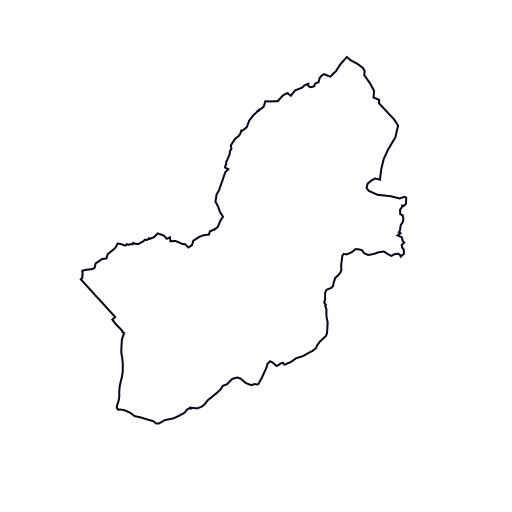 outline of Todee, Montserrado, Liberia, rotated 228°
{"feature_id": "62588387B18343621802172", "entity_name": "Todee", "entity_type": "district", "adm_level": 2, "iso_a3": "LBR", "parent_name": "Liberia", "parent_adm1": "Montserrado", "projection": "natural_earth1", "projection_center": [-10.474, 6.631], "detail": "fine", "context": "isolated", "style": "outline", "palette": "ink", "viewbox_px": 512, "rotation_deg": 228, "n_neighbors": 0, "source": "geoboundaries", "source_scale": "gbopen_adm2", "svg_char_len": 5775}
<svg xmlns="http://www.w3.org/2000/svg" viewBox="0 0 512 512"><g transform="rotate(228 256 256)"><path d="M343.1,456.7L342.0,446.8L341.4,444.7L339.8,439.0L339.8,438.2L339.9,435.1L339.6,434.3L339.5,432.0L339.5,431.3L339.5,431.2L340.7,430.6L344.7,428.7L345.6,428.3L345.9,427.0L346.1,425.2L345.9,424.1L345.8,422.6L344.7,420.9L344.3,420.2L343.3,418.8L343.9,417.3L344.4,415.9L344.4,415.4L344.3,414.8L344.2,414.2L343.7,413.6L343.2,413.1L343.5,412.2L344.3,410.3L345.3,409.4L345.6,409.1L346.7,408.8L347.0,408.8L348.6,409.3L349.0,410.0L349.5,409.0L349.5,408.9L350.4,405.6L350.4,405.1L350.2,403.0L352.9,396.0L351.8,389.1L353.3,388.9L354.2,388.5L355.4,388.3L355.9,388.2L356.0,388.3L356.1,388.1L356.5,387.2L357.3,383.3L356.5,375.8L360.3,371.2L361.0,370.4L363.7,367.5L364.7,366.4L364.1,365.5L362.5,362.8L361.9,361.7L361.9,359.9L362.0,358.6L362.1,358.3L362.6,356.4L362.1,356.0L362.2,354.9L362.7,354.7L362.4,352.4L362.4,349.6L362.4,348.5L362.0,346.1L361.1,341.3L361.0,341.2L358.6,336.7L358.1,335.9L358.1,335.4L357.9,334.9L358.1,331.9L358.3,329.6L359.1,329.1L358.1,327.4L357.4,326.2L356.8,323.7L357.1,318.9L357.1,318.7L356.2,315.5L355.5,313.1L355.2,311.9L355.0,311.4L354.6,310.8L353.0,310.1L351.9,309.1L351.7,307.7L350.8,306.3L349.1,304.3L348.1,302.1L345.7,296.6L344.9,295.9L343.9,295.1L343.6,293.5L342.5,292.2L340.3,293.0L339.1,293.5L338.8,289.2L336.4,284.8L336.1,284.3L335.0,282.4L333.4,279.4L333.0,278.7L329.4,272.1L329.1,271.0L328.3,268.4L328.1,267.8L326.3,265.7L326.2,265.6L325.2,264.3L324.7,263.7L323.4,262.2L319.0,261.1L318.0,260.9L316.2,260.1L312.9,258.7L312.1,258.6L308.3,257.9L307.2,257.7L307.0,256.9L306.3,254.0L306.0,253.3L306.0,253.0L305.7,252.6L304.7,250.3L303.7,248.2L303.2,247.1L303.3,244.0L303.3,243.1L303.7,243.1L303.9,242.3L304.6,239.5L304.7,239.3L305.2,238.3L303.4,235.3L306.3,231.4L308.2,226.6L308.4,225.2L309.2,220.4L309.3,219.7L308.6,218.5L306.9,215.6L306.9,215.2L307.2,213.6L307.6,211.5L312.3,211.2L314.1,209.3L314.7,209.1L315.6,208.7L317.3,208.0L317.8,207.8L321.0,206.2L321.5,205.7L324.2,202.3L327.5,204.5L328.5,201.2L332.6,201.2L332.9,201.1L335.8,199.6L336.3,199.3L337.2,198.8L338.5,198.2L338.2,193.0L339.8,188.4L340.8,188.4L340.5,187.3L341.0,185.5L342.5,184.3L342.3,182.2L343.3,178.3L343.5,176.7L345.9,174.4L347.9,173.5L347.3,172.2L349.3,169.8L349.7,168.5L351.2,168.0L351.0,166.9L351.5,165.6L351.9,165.3L354.3,164.1L354.7,163.9L355.4,163.4L357.9,161.5L356.4,157.8L356.3,157.6L356.2,157.3L356.2,155.7L356.3,152.4L356.3,152.1L356.4,150.3L356.5,148.7L356.5,147.3L356.5,146.9L355.6,145.4L354.6,143.7L354.3,143.1L354.4,142.8L356.7,139.8L357.8,131.8L357.5,131.4L356.2,129.6L355.5,128.6L355.2,128.1L355.7,125.7L359.1,121.0L361.3,117.1L361.2,117.0L360.8,116.7L359.2,115.6L358.8,115.2L355.9,112.1L355.9,110.5L355.9,110.2L355.5,110.2L340.9,110.3L332.8,110.3L324.8,110.4L304.9,110.5L304.9,106.7L300.8,106.3L299.9,106.2L293.0,106.5L289.5,106.4L289.0,105.9L287.1,106.5L285.0,102.8L283.8,100.6L282.0,98.8L277.6,94.3L274.4,91.3L269.7,88.3L265.3,85.1L259.3,79.7L255.1,74.4L253.6,72.0L252.5,70.5L250.6,67.8L246.8,63.7L244.0,61.2L242.8,60.1L240.5,57.3L238.3,53.5L238.0,52.9L236.9,51.5L236.4,50.9L235.5,50.9L233.9,50.7L233.2,51.9L231.9,53.1L229.5,55.0L226.2,56.5L225.3,56.9L223.2,57.8L218.3,58.6L213.5,62.1L207.7,65.6L202.0,69.1L198.2,69.8L196.3,72.2L196.2,72.8L195.9,74.4L195.0,78.6L192.2,83.2L190.3,86.6L189.7,88.8L188.4,93.1L188.3,93.9L187.6,96.5L187.4,98.6L187.6,99.5L187.8,100.2L187.9,103.1L187.1,104.9L186.6,105.2L187.3,105.6L182.5,110.0L181.9,110.8L181.9,111.0L180.4,114.7L180.2,117.7L180.2,118.3L180.8,121.9L180.9,122.5L181.1,123.6L180.4,136.0L180.5,136.4L180.5,138.7L180.6,140.8L181.4,143.5L181.8,144.3L180.3,148.1L180.1,148.3L180.5,154.5L180.6,156.0L179.8,157.5L179.5,158.8L178.7,159.7L178.2,160.8L177.1,161.5L176.8,161.7L176.4,161.7L175.5,162.5L168.4,163.4L164.5,165.4L163.3,166.1L162.9,166.4L162.7,167.0L162.6,167.3L161.9,169.2L159.8,170.8L159.7,171.0L159.3,172.7L159.9,174.0L160.1,174.4L161.1,177.4L161.4,178.4L162.8,181.8L163.0,182.0L164.0,184.4L166.1,189.2L168.1,192.1L168.2,192.7L168.3,194.7L168.4,195.9L168.0,196.2L166.3,196.9L160.6,197.7L160.3,198.4L159.9,199.4L159.7,202.3L158.7,204.5L156.4,204.3L155.5,205.6L155.1,207.6L155.1,207.9L154.4,209.3L153.8,211.9L153.2,217.3L150.7,222.8L150.0,224.6L148.7,230.6L147.6,234.7L147.6,235.7L147.3,238.9L147.9,240.0L148.6,241.3L149.6,245.7L149.8,254.6L151.2,257.2L155.1,261.2L158.5,264.6L158.9,264.9L163.3,267.5L165.3,269.1L165.6,269.3L166.3,269.9L169.0,272.5L173.0,274.3L173.1,275.4L175.8,275.5L177.4,278.1L179.2,279.9L181.4,281.8L182.4,282.7L183.7,285.8L181.9,290.7L182.2,293.3L184.1,295.7L185.4,298.0L186.7,300.2L186.7,304.1L187.2,307.4L188.3,309.8L192.5,313.5L194.4,315.7L197.8,319.6L198.4,320.3L198.9,322.5L196.6,324.4L195.2,328.1L194.6,331.0L194.6,331.6L194.6,334.4L192.5,336.6L189.4,338.6L185.9,338.2L182.7,339.6L181.9,339.9L180.3,342.1L178.3,345.8L178.1,346.2L177.0,349.2L175.4,351.6L174.2,353.4L173.8,354.0L169.0,355.3L165.5,356.6L164.6,360.3L162.7,363.1L160.4,363.8L158.7,363.1L158.7,367.6L162.2,370.2L164.4,370.2L166.8,371.8L166.8,375.1L169.1,375.1L171.0,376.2L172.3,376.9L176.6,375.0L176.2,378.6L178.2,378.1L178.6,380.0L180.5,382.3L182.1,384.2L183.1,388.0L184.9,390.3L185.7,390.8L188.0,392.2L190.6,391.2L194.0,394.0L194.5,396.6L195.7,398.5L194.3,399.0L194.5,402.5L198.9,406.7L200.6,406.0L202.6,401.3L210.4,396.0L218.9,388.4L220.3,387.2L229.0,383.4L232.6,383.7L235.1,387.4L234.9,390.7L234.9,391.9L233.9,396.4L229.8,399.2L233.3,403.2L236.9,407.4L239.8,411.7L241.4,414.0L242.6,415.8L246.7,425.2L247.5,427.9L251.0,439.1L257.3,448.1L257.8,448.8L265.1,450.0L275.9,449.8L280.9,449.7L287.2,449.6L288.2,450.6L289.6,452.0L295.1,449.4L299.8,454.3L307.5,456.2L308.2,456.3L318.2,457.5L318.6,458.0L319.3,458.9L320.4,460.3L323.9,461.3L330.4,460.1L338.5,457.2L343.1,456.7Z" fill="none" stroke="#020617" stroke-width="2"/></g></svg>